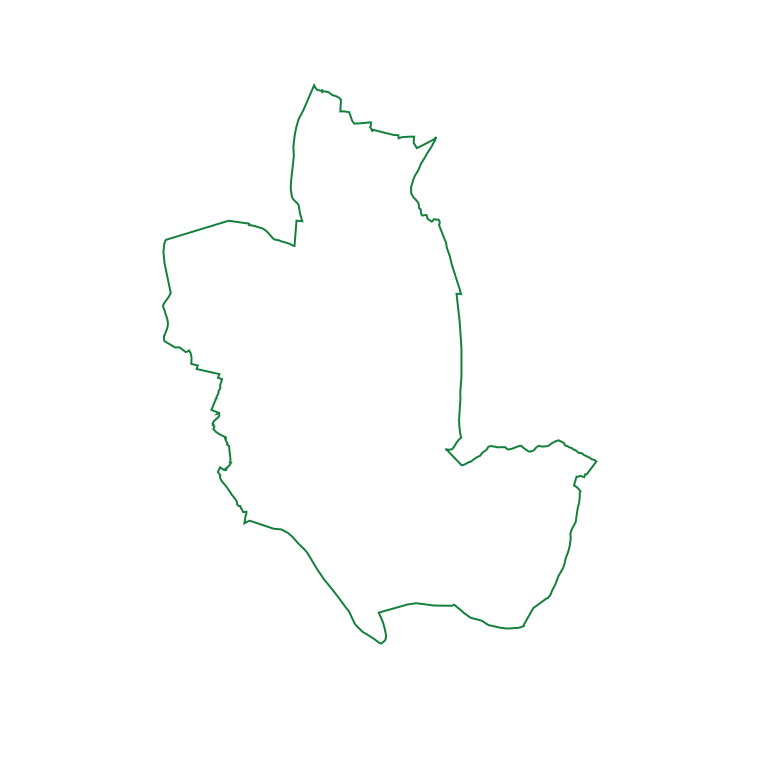 outline of Ohaba, Alba, Romania, rotated 141°
{"feature_id": "2599482B92968068732645", "entity_name": "Ohaba", "entity_type": "district", "adm_level": 2, "iso_a3": "ROU", "parent_name": "Romania", "parent_adm1": "Alba", "projection": "orthographic", "projection_center": [23.801, 46.088], "detail": "fine", "context": "isolated", "style": "outline", "palette": "green", "viewbox_px": 768, "rotation_deg": 141, "n_neighbors": 0, "source": "geoboundaries", "source_scale": "gbopen_adm2", "svg_char_len": 5350}
<svg xmlns="http://www.w3.org/2000/svg" viewBox="0 0 768 768"><g transform="rotate(141 384 384)"><path d="M462.8,633.3L466.4,631.4L472.4,625.3L478.7,615.7L492.5,588.9L496.4,587.2L503.9,585.2L506.2,584.1L506.9,583.2L507.9,580.7L508.4,578.7L509.6,576.2L511.4,571.2L513.4,567.5L514.3,566.5L516.8,564.1L523.5,560.2L525.0,559.7L527.7,555.6L523.4,543.8L520.0,541.4L517.9,533.5L516.4,533.0L514.4,532.8L514.7,530.1L517.1,525.4L521.1,520.9L517.1,515.6L520.2,513.5L506.9,496.8L505.7,495.3L509.1,493.3L506.8,489.7L507.2,489.4L512.6,485.8L513.5,484.0L517.1,482.5L518.3,481.2L521.0,479.8L522.5,479.3L523.2,478.1L524.6,478.1L524.6,477.8L534.4,472.5L530.6,465.6L532.3,465.6L531.6,465.2L531.0,464.6L531.7,463.3L532.3,462.8L535.1,462.2L536.2,462.6L537.8,462.2L539.7,462.2L542.1,461.1L541.9,459.9L543.0,459.7L542.6,457.6L544.9,456.5L544.8,452.8L543.5,448.5L540.5,442.1L541.1,441.2L541.8,441.6L542.5,439.6L542.9,436.8L544.1,435.8L543.4,433.5L550.9,421.8L553.1,420.0L552.3,419.2L555.3,418.0L559.9,417.8L559.5,417.3L560.9,416.5L562.0,417.4L562.7,418.7L563.4,420.7L563.8,422.4L568.5,420.1L568.6,416.1L570.0,414.9L570.7,413.5L571.3,410.3L571.0,405.4L571.5,397.0L572.0,394.0L571.9,391.3L572.0,388.6L572.2,386.1L572.7,384.5L573.9,383.0L573.8,380.2L573.8,380.3L572.6,379.8L572.5,379.4L573.4,377.3L573.3,376.0L574.1,373.1L571.3,371.3L573.0,369.5L574.7,368.5L580.1,363.6L576.7,362.9L574.5,362.4L565.5,348.3L560.8,340.9L555.3,335.6L552.3,328.5L551.3,322.6L551.0,314.6L550.5,310.0L549.9,305.0L549.8,301.8L550.3,297.4L551.2,291.5L552.6,281.7L552.9,277.6L553.6,269.1L553.5,263.9L553.5,257.8L553.6,249.5L554.3,234.8L554.3,229.5L557.5,216.5L557.6,213.9L556.9,207.1L556.6,204.9L554.6,199.4L552.3,192.7L551.7,190.3L550.6,186.0L550.3,185.5L549.4,183.9L547.5,184.0L545.5,184.0L543.7,184.4L542.3,185.6L540.5,187.4L537.9,192.5L537.3,193.6L535.8,197.1L534.7,199.7L533.3,204.7L532.0,209.6L528.6,208.2L518.9,204.0L505.0,198.1L497.0,193.4L491.0,187.2L487.0,182.9L484.7,180.5L475.7,173.0L470.7,168.9L468.4,168.3L466.7,160.3L466.3,158.3L465.9,155.6L464.2,149.2L463.8,147.8L456.9,138.4L454.6,131.0L448.6,123.5L447.2,121.6L442.4,116.6L434.1,110.7L433.0,109.9L429.4,108.4L427.6,107.9L427.1,108.8L409.0,115.9L393.4,115.1L391.7,114.6L391.2,114.6L387.2,115.4L383.2,117.8L377.2,120.3L369.6,124.8L360.8,128.2L357.5,130.2L355.9,131.4L352.9,133.9L346.0,138.0L341.3,141.5L336.4,146.2L335.2,147.7L333.6,150.1L330.9,152.1L328.9,153.2L322.0,156.0L312.4,164.9L306.5,169.5L302.8,173.2L300.6,176.0L299.7,176.5L298.8,176.9L298.8,178.3L298.8,179.7L299.1,182.5L300.2,185.6L292.7,190.8L291.3,189.6L289.4,189.2L287.0,185.6L284.4,187.2L283.2,186.2L267.7,190.2L268.2,192.4L268.8,193.5L269.8,194.4L270.7,197.7L273.4,203.2L273.6,204.6L273.9,205.8L274.3,206.4L275.9,207.6L276.9,212.1L277.8,213.5L278.2,214.6L278.4,216.0L279.3,217.4L280.2,218.6L280.6,220.7L281.7,221.7L282.0,223.0L281.2,224.5L281.7,226.0L283.7,230.3L285.3,231.0L287.3,231.7L288.9,231.8L289.9,232.3L291.7,232.4L294.1,232.3L296.9,233.3L300.8,236.1L302.0,238.0L303.3,238.7L306.3,238.8L307.6,238.5L308.8,238.2L310.8,238.5L313.5,239.8L314.5,241.9L315.9,247.0L316.2,249.5L317.3,250.5L320.5,251.6L324.2,252.8L325.7,253.4L327.7,254.4L328.8,255.0L329.3,256.0L329.5,258.5L332.6,261.1L335.6,263.3L337.1,265.3L340.1,268.6L341.9,269.4L343.2,269.4L343.6,269.1L344.9,268.6L346.1,268.5L347.7,268.4L350.7,268.7L354.4,267.7L355.4,268.0L358.6,268.7L362.0,269.0L363.9,269.0L365.7,269.1L366.3,269.6L367.5,269.9L371.5,270.6L373.2,271.2L374.8,271.9L375.0,274.5L375.6,280.7L376.1,286.7L376.5,292.2L377.2,294.8L376.6,294.0L376.0,293.2L374.1,291.4L371.8,290.5L369.9,290.9L367.1,291.8L364.2,292.9L360.8,293.6L357.6,293.8L356.5,296.6L351.6,304.4L348.2,308.9L335.4,322.8L333.7,324.7L329.9,329.6L319.0,341.2L301.5,362.8L286.1,384.6L270.9,408.4L268.3,406.3L267.6,405.4L265.9,409.1L256.1,434.3L252.4,441.9L249.5,450.2L247.0,454.5L242.9,467.6L241.2,472.9L239.5,473.9L238.6,475.2L238.2,476.7L238.3,477.6L239.8,478.6L241.0,480.4L241.6,480.6L244.0,480.0L244.9,480.3L245.3,482.4L246.0,484.3L246.1,485.2L244.7,488.0L244.7,488.5L245.5,489.2L248.2,490.8L248.3,492.0L247.7,493.4L245.7,496.4L245.6,496.9L246.1,497.9L246.0,498.7L244.6,500.7L243.5,502.7L243.3,503.7L243.3,506.6L243.6,510.7L242.9,515.0L238.9,520.1L231.3,525.2L228.4,526.6L222.9,528.5L216.4,532.0L210.9,533.9L207.9,535.0L205.9,535.9L197.5,538.6L194.0,540.2L192.0,540.8L187.9,543.0L191.1,542.7L198.8,544.2L203.8,545.2L210.0,546.6L209.2,552.6L207.7,554.5L204.9,557.2L208.4,560.1L214.7,564.5L218.0,565.8L216.3,568.3L219.7,571.4L226.4,580.2L232.5,588.4L233.8,588.0L233.9,588.7L233.4,589.5L233.1,592.4L231.5,593.1L229.5,595.6L239.0,602.0L243.3,605.1L243.1,608.6L240.0,617.2L243.3,620.8L246.4,623.3L238.5,632.1L238.7,632.6L238.7,634.5L240.2,638.0L241.4,639.6L242.5,641.6L243.5,645.8L246.6,649.4L247.9,649.6L247.6,649.9L247.3,651.4L248.4,651.4L250.8,654.7L250.9,657.0L250.3,660.1L275.0,647.2L283.5,643.7L284.2,643.2L290.6,638.7L296.2,634.1L304.8,625.8L310.2,618.4L313.1,615.4L328.8,599.9L333.7,594.3L337.5,587.9L338.1,586.0L338.3,584.6L337.7,579.2L337.7,577.1L338.4,575.5L341.6,570.0L342.3,568.6L345.1,561.9L349.2,566.0L366.7,547.6L368.0,549.5L368.9,552.2L370.6,554.5L371.6,556.2L373.6,558.8L375.2,561.7L377.9,564.9L378.5,566.2L378.7,568.4L378.8,572.3L379.2,577.5L380.6,581.5L385.3,588.4L387.3,590.7L387.2,590.8L388.2,591.8L388.9,592.3L387.9,593.5L396.4,602.6L401.9,608.6L462.8,633.3Z" fill="none" stroke="#15803d" stroke-width="2"/></g></svg>